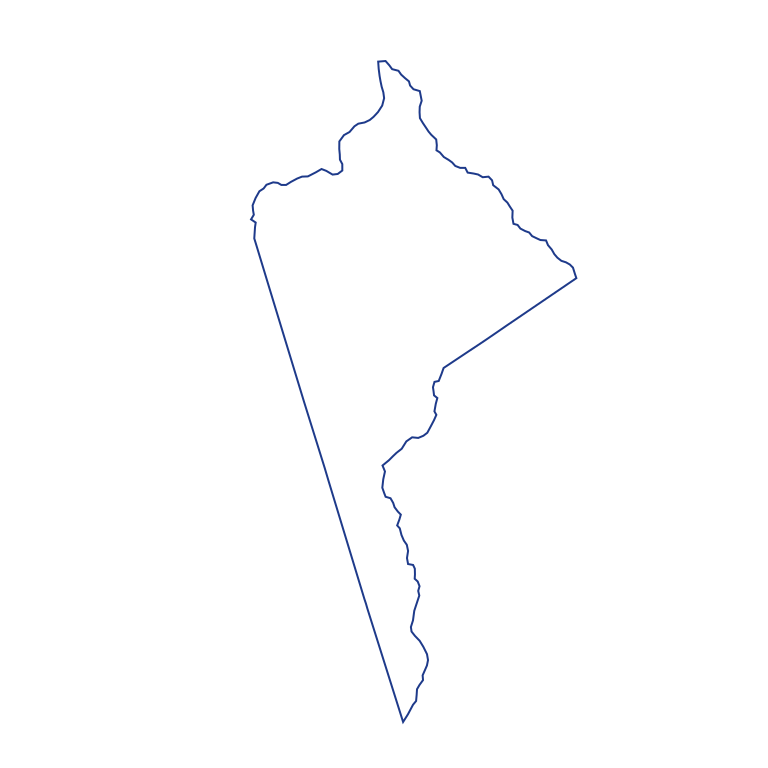 Pedro Canário, Espírito Santo, Brazil, rotated 216°
{"feature_id": "56859067B6287915122332", "entity_name": "Pedro Canário", "entity_type": "district", "adm_level": 2, "iso_a3": "BRA", "parent_name": "Brazil", "parent_adm1": "Espírito Santo", "projection": "natural_earth1", "projection_center": [-40.048, -18.149], "detail": "fine", "context": "isolated", "style": "outline", "palette": "blue", "viewbox_px": 768, "rotation_deg": 216, "n_neighbors": 0, "source": "geoboundaries", "source_scale": "gbopen_adm2", "svg_char_len": 2434}
<svg xmlns="http://www.w3.org/2000/svg" viewBox="0 0 768 768"><g transform="rotate(216 384 384)"><path d="M169.9,121.8L170.5,131.0L172.0,141.6L171.7,146.4L174.8,151.6L177.9,156.5L178.4,161.5L178.4,167.4L181.5,171.0L182.6,176.1L183.8,181.5L186.1,186.5L190.4,190.7L197.7,194.5L204.2,197.2L210.9,198.4L216.2,199.9L219.4,203.2L221.6,209.8L226.2,218.3L228.0,223.9L231.1,233.6L234.7,236.7L236.4,241.3L240.6,244.0L244.7,244.5L247.0,248.1L250.5,252.7L254.1,254.7L258.7,252.5L263.1,256.7L266.4,263.1L271.0,267.3L275.9,269.0L281.1,272.1L286.4,276.5L290.2,277.3L291.9,283.4L293.6,288.2L297.7,288.9L303.0,290.5L306.7,293.2L311.6,295.4L316.4,293.7L319.8,295.9L324.4,299.1L328.6,306.5L331.8,313.8L337.3,317.2L335.2,325.2L334.3,330.9L333.4,335.8L331.6,342.0L332.2,350.7L329.9,357.4L324.6,360.5L321.7,365.3L320.3,370.0L321.3,377.4L322.3,384.2L323.5,389.8L327.1,391.5L330.5,398.5L332.6,404.0L336.8,404.2L339.6,407.2L342.5,410.2L344.4,415.4L341.5,418.6L343.4,426.0L345.2,432.0L327.4,480.0L319.0,503.7L290.6,582.7L294.4,585.4L299.5,589.2L303.9,589.9L308.3,589.4L312.9,587.9L318.0,588.1L322.6,589.2L327.4,591.4L332.9,592.7L337.3,595.4L342.1,592.4L346.1,591.6L351.1,590.7L355.6,591.9L359.7,590.7L365.0,589.9L369.4,591.2L373.4,589.7L378.0,594.1L381.8,599.8L386.4,601.5L390.8,603.3L395.8,603.9L400.5,606.6L405.6,608.8L412.5,609.0L416.3,612.3L421.3,613.2L425.7,609.3L431.0,608.8L435.1,607.0L440.6,604.2L445.3,606.6L449.5,603.6L454.5,602.3L459.1,603.3L463.1,603.3L469.0,602.8L474.9,604.2L478.9,603.9L481.6,608.2L485.5,612.5L492.3,613.4L496.3,614.4L501.1,616.2L506.0,618.0L511.2,620.2L515.0,624.8L518.1,629.4L520.0,635.3L527.2,642.0L533.4,639.8L538.3,640.8L541.7,643.5L546.7,643.8L552.0,644.4L556.4,645.9L562.5,643.5L567.2,645.0L572.6,646.2L578.2,641.4L573.5,635.8L568.6,630.6L564.8,626.9L560.6,623.1L556.0,619.6L551.9,615.3L549.1,608.2L548.7,600.4L549.5,593.9L550.7,589.2L553.4,584.2L557.8,579.5L559.4,575.1L560.0,567.6L562.7,561.8L562.7,554.0L558.3,547.8L554.6,543.6L551.5,539.6L547.0,537.4L543.2,532.2L544.9,526.7L548.7,523.2L556.0,522.5L560.9,521.2L563.6,515.1L567.6,507.2L572.2,503.6L575.0,499.2L578.1,492.8L580.2,487.5L584.1,484.7L588.1,484.3L592.2,482.0L596.2,476.1L596.3,471.4L598.1,466.7L597.2,459.0L595.3,451.3L591.9,447.4L588.8,444.4L588.3,439.0L582.7,439.2L580.5,435.0L574.5,425.5L569.7,421.9L536.4,396.7L438.1,322.5L382.6,281.2L372.3,273.3L273.3,198.4L269.5,195.7L265.4,192.5L169.9,121.8Z" fill="none" stroke="#1e3a8a" stroke-width="2"/></g></svg>